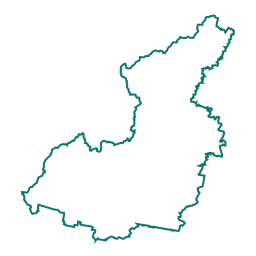 the district of Tenterfield, New South Wales, Australia
{"feature_id": "25037944B39208221478861", "entity_name": "Tenterfield", "entity_type": "district", "adm_level": 2, "iso_a3": "AUS", "parent_name": "Australia", "parent_adm1": "New South Wales", "projection": "mercator", "projection_center": [152.357, -28.838], "detail": "fine", "context": "isolated", "style": "outline", "palette": "teal", "viewbox_px": 256, "rotation_deg": 0, "n_neighbors": 0, "source": "geoboundaries", "source_scale": "gbopen_adm2", "svg_char_len": 5832}
<svg xmlns="http://www.w3.org/2000/svg" viewBox="0 0 256 256"><path d="M221.8,156.7L222.2,156.0L221.8,153.7L219.7,146.5L220.2,145.7L222.5,145.3L223.1,144.5L224.4,145.5L225.4,145.5L225.5,142.0L223.4,140.3L221.3,141.9L220.1,141.2L223.0,136.8L224.3,132.6L223.4,131.5L219.8,130.8L218.3,129.5L221.6,124.9L221.2,123.8L218.6,123.2L218.2,121.1L219.2,117.3L217.2,116.8L215.1,119.4L214.4,118.8L214.6,117.4L213.9,116.5L211.5,117.6L208.7,116.6L208.4,115.6L210.4,114.4L210.7,113.6L208.7,111.0L211.2,110.6L211.8,109.5L211.6,108.5L210.4,108.1L207.5,110.3L207.2,109.5L208.1,108.3L207.6,107.2L206.2,108.1L201.2,106.1L200.0,106.1L198.8,104.7L197.8,105.7L196.7,105.9L196.1,103.3L196.4,102.1L195.1,102.7L193.2,101.7L191.4,101.8L190.9,98.9L193.5,98.0L193.0,96.9L193.9,95.6L193.5,94.7L195.0,94.7L195.8,93.4L195.9,92.2L195.1,91.1L196.6,90.4L196.7,89.1L197.6,88.3L196.7,87.7L197.3,87.2L196.3,86.3L198.1,85.7L199.5,86.2L198.1,85.1L198.9,83.6L201.0,82.6L202.5,82.8L201.8,82.0L202.3,80.8L201.7,79.0L202.2,78.5L203.0,79.3L203.2,77.8L202.0,77.7L203.6,76.1L205.0,76.3L203.4,73.8L202.2,73.8L202.3,72.2L203.1,70.6L202.1,68.9L204.1,68.2L205.5,68.7L205.8,68.4L205.3,67.4L206.4,68.2L207.4,66.8L208.1,67.0L208.0,68.2L209.2,68.1L209.5,69.1L210.2,68.3L212.1,68.6L212.5,68.3L212.0,67.6L212.6,65.3L213.8,65.8L215.5,65.1L217.6,65.8L218.3,63.3L216.6,62.4L218.8,59.9L218.6,59.4L219.3,59.7L219.4,59.2L219.0,59.1L221.0,58.9L220.2,57.5L220.7,56.8L221.3,56.5L222.3,57.4L222.3,54.9L223.2,53.7L223.0,51.7L225.5,50.8L225.4,48.7L225.9,48.3L224.8,47.1L226.6,47.2L227.7,46.1L227.7,44.3L228.5,44.0L228.4,43.1L229.7,42.4L229.0,40.0L230.8,39.2L230.6,38.3L231.3,37.2L230.9,35.9L231.5,35.4L231.2,35.1L232.4,34.0L233.6,34.3L233.9,31.4L233.4,30.2L232.5,30.3L231.6,28.7L230.1,28.9L228.4,27.8L225.4,32.5L224.2,30.1L222.8,29.5L221.2,29.9L221.2,28.7L219.9,29.0L218.6,27.2L216.5,26.3L216.9,22.5L218.2,18.6L217.7,18.0L215.7,17.6L214.7,16.8L214.7,15.9L213.3,15.4L211.6,16.2L210.0,16.2L209.2,17.1L207.5,16.9L205.7,17.5L205.6,19.3L202.5,23.0L202.5,24.8L197.8,24.7L197.1,28.9L198.2,30.7L198.0,31.7L195.5,34.0L193.3,37.9L189.5,37.6L188.0,36.7L185.6,38.0L182.0,37.8L180.1,37.0L179.8,38.2L177.2,40.5L176.6,42.5L173.0,42.3L170.5,46.1L168.4,47.5L166.6,51.1L166.1,51.2L164.7,53.4L163.0,52.7L162.6,51.3L160.2,50.6L159.2,51.5L155.1,50.4L152.1,52.2L151.0,54.0L149.7,54.4L148.6,56.0L145.5,56.1L144.0,57.4L140.0,57.1L139.5,60.3L135.9,62.2L134.3,64.6L131.6,66.4L131.1,67.9L128.4,68.5L126.4,68.0L125.4,63.8L123.8,64.1L120.8,66.8L121.3,68.3L120.5,70.7L121.0,71.3L120.6,72.8L121.3,74.0L121.2,75.5L122.8,77.0L124.3,77.2L126.0,78.8L126.4,80.7L127.0,81.2L126.5,82.7L127.3,84.5L126.8,86.9L128.7,89.9L128.7,91.9L129.3,92.1L130.3,94.0L130.1,94.6L134.8,94.5L135.8,95.2L135.8,96.1L137.1,97.9L138.7,97.4L139.4,97.7L139.4,100.8L141.0,102.9L140.3,104.1L135.4,107.4L136.0,107.8L136.3,109.0L134.3,112.2L134.7,115.2L134.3,116.0L135.1,117.0L133.7,118.6L134.6,119.9L134.2,121.1L134.4,123.8L133.9,125.8L132.1,126.3L131.8,127.4L131.1,127.6L131.3,129.1L130.8,130.0L132.7,131.5L134.6,130.3L134.8,130.8L134.3,131.6L134.6,132.7L133.4,133.8L133.6,134.5L132.4,137.5L131.1,138.1L130.1,140.8L128.6,141.1L128.5,139.5L127.7,138.5L125.1,141.3L124.0,141.1L123.0,142.7L121.8,143.2L121.0,142.8L114.3,145.1L113.9,143.4L111.6,142.3L110.3,142.5L108.5,141.7L107.9,142.3L106.8,142.2L104.8,140.8L103.1,141.0L101.2,142.6L100.7,145.6L101.5,147.7L100.8,148.8L100.8,150.4L99.9,151.3L99.1,151.8L97.0,151.0L96.8,150.2L97.3,149.2L96.0,148.2L91.9,149.8L90.9,150.8L89.9,150.2L90.3,146.8L88.6,146.2L87.8,145.3L88.1,144.5L87.2,143.7L85.2,143.0L85.8,142.4L84.7,139.8L84.9,139.0L84.2,138.7L83.4,136.1L83.7,134.0L82.5,133.2L80.8,134.7L79.1,134.1L78.4,136.1L77.3,136.5L77.4,137.3L75.8,137.4L73.8,141.0L72.4,140.6L70.0,142.8L68.7,142.8L67.5,143.8L67.2,145.2L65.7,144.1L64.2,144.5L63.0,144.0L59.4,145.6L57.8,148.0L55.7,147.5L52.1,149.7L51.6,152.7L50.6,153.9L50.8,154.8L45.6,159.9L44.2,162.6L43.7,165.0L44.1,166.7L42.9,169.5L45.0,171.2L44.8,172.4L43.5,172.4L43.6,172.9L42.1,175.8L38.4,177.5L36.7,182.8L33.2,185.5L32.6,186.8L30.6,187.2L29.5,188.1L28.2,191.5L27.1,192.6L22.1,192.0L22.1,193.8L22.5,194.4L23.3,194.2L23.8,195.1L24.5,198.3L24.0,199.6L27.0,203.9L28.3,205.2L30.2,205.4L30.8,206.1L31.1,207.5L29.9,208.4L30.9,211.6L32.3,213.8L35.9,213.1L38.4,211.0L37.4,210.6L38.4,208.1L37.9,207.6L38.4,204.7L53.8,209.4L58.1,210.0L60.1,212.4L64.0,213.0L64.1,214.8L62.8,221.0L64.2,221.2L63.8,224.1L65.5,224.3L65.4,225.2L74.1,227.0L74.4,224.9L77.5,225.3L78.0,221.6L80.2,222.0L80.9,222.8L80.1,223.9L80.7,224.7L91.7,226.6L92.9,227.3L91.8,229.7L95.3,230.3L94.9,232.5L93.8,233.2L92.9,237.0L95.8,240.1L95.7,240.6L97.7,238.4L97.9,239.1L105.3,240.4L105.4,239.7L106.2,239.8L106.3,239.1L107.0,239.2L107.1,238.7L110.8,236.6L113.4,237.0L113.8,237.7L116.9,238.9L119.0,237.2L123.0,238.8L124.2,238.5L126.1,236.9L129.3,236.7L129.7,236.3L129.0,235.0L131.1,233.1L129.6,230.6L129.7,229.9L132.3,228.0L133.8,229.1L137.5,226.1L138.2,226.3L138.1,224.7L137.3,224.0L141.8,224.7L142.3,225.4L143.6,225.6L143.7,225.0L149.2,225.9L149.1,226.8L153.4,227.4L153.0,226.7L169.5,229.7L170.6,229.4L172.1,230.6L173.0,230.6L173.1,230.1L178.6,231.0L179.7,228.4L179.8,226.3L181.2,225.2L182.3,225.9L184.8,223.3L183.8,221.7L179.9,220.3L178.6,218.8L178.6,217.0L180.0,217.1L181.0,215.9L179.6,212.9L180.9,212.8L182.1,211.9L182.4,210.4L184.8,209.2L185.3,208.0L187.2,206.3L188.2,206.7L189.5,205.8L192.0,205.7L193.2,204.7L194.2,204.9L197.7,202.5L196.2,199.1L199.5,192.8L198.2,191.7L198.5,191.0L197.6,189.6L198.3,187.8L202.7,186.3L204.5,175.7L198.8,174.8L198.5,174.2L200.5,172.4L200.4,171.0L202.2,168.9L202.7,166.3L199.3,165.7L203.0,164.1L204.7,165.0L205.3,164.7L204.4,163.3L204.5,162.6L206.2,160.1L207.3,159.6L206.1,158.4L206.0,157.1L208.1,156.8L207.5,154.9L206.1,154.7L205.8,154.0L208.2,153.4L210.1,154.3L209.8,152.9L213.6,153.5L213.4,154.9L217.1,156.4L217.6,155.6L221.8,156.7Z" fill="none" stroke="#0f766e" stroke-width="2"/></svg>